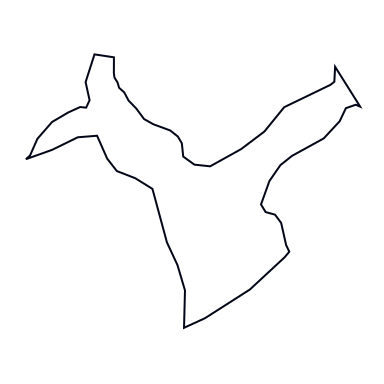 map outline of Metlika (Equal Earth projection), rotated 91°
{"feature_id": "SVN-969", "entity_name": "Metlika", "entity_type": "Municipality", "adm_level": 1, "iso_a3": "SVN", "parent_name": "Slovenia", "parent_adm1": "", "projection": "equal_earth", "projection_center": [15.277, 45.643], "detail": "fine", "context": "isolated", "style": "outline", "palette": "ink", "viewbox_px": 384, "rotation_deg": 91, "n_neighbors": 0, "source": "natural_earth", "source_scale": "10m", "svg_char_len": 908}
<svg xmlns="http://www.w3.org/2000/svg" viewBox="0 0 384 384"><g transform="rotate(91 192 192)"><path d="M103.7,25.4L101.9,29.8L105.5,39.6L118.7,45.6L136.1,61.2L154.1,92.6L163.6,104.1L179.7,114.8L203.3,122.8L210.8,118.0L213.2,108.6L221.4,102.3L243.3,97.0L250.0,93.7L255.6,98.2L284.9,128.7L288.4,132.3L318.0,176.9L327.9,197.6L290.5,197.3L265.2,205.3L242.8,216.2L189.6,231.6L179.2,249.0L172.4,267.5L160.1,277.4L137.4,287.9L139.3,307.2L152.2,332.4L162.1,358.6L161.1,357.6L158.4,354.6L141.5,347.5L124.4,333.1L114.6,317.1L109.0,305.3L109.5,299.3L102.0,296.0L84.0,300.3L56.1,291.9L58.7,272.4L74.4,272.2L79.0,271.5L83.7,268.4L89.1,266.7L93.6,261.5L101.7,257.0L109.6,249.1L119.9,241.2L125.0,231.7L130.9,214.8L136.8,207.1L143.5,203.0L156.7,201.4L164.6,190.1L166.0,174.3L148.3,143.7L130.3,120.7L105.6,101.3L82.4,55.4L79.3,51.6L64.3,51.1L102.1,26.4L103.7,25.4Z" fill="none" stroke="#020617" stroke-width="2"/></g></svg>